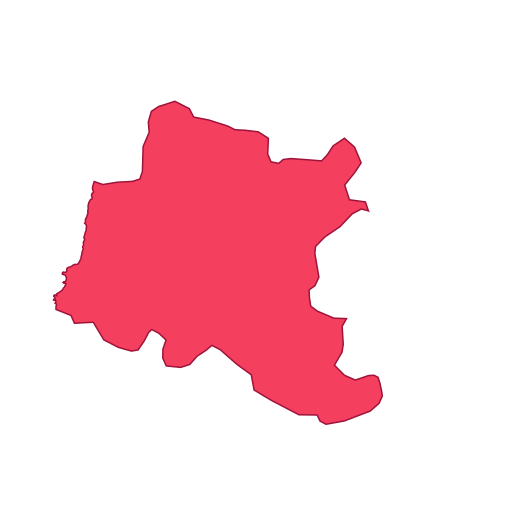 Akhuryan, Shirak, Armenia, rotated 28°
{"feature_id": "60910142B23641849516282", "entity_name": "Akhuryan", "entity_type": "district", "adm_level": 2, "iso_a3": "ARM", "parent_name": "Armenia", "parent_adm1": "Shirak", "projection": "mercator", "projection_center": [43.836, 40.81], "detail": "fine", "context": "isolated", "style": "filled", "palette": "rose", "viewbox_px": 512, "rotation_deg": 28, "n_neighbors": 0, "source": "geoboundaries", "source_scale": "gbopen_adm2", "svg_char_len": 3053}
<svg xmlns="http://www.w3.org/2000/svg" viewBox="0 0 512 512"><g transform="rotate(28 256 256)"><path d="M334.1,163.4L327.2,156.9L312.1,162.5L301.0,151.7L304.1,135.3L305.1,124.4L291.9,113.6L278.8,110.5L272.4,122.6L271.4,133.5L269.3,141.2L256.4,146.8L241.2,153.5L234.7,158.0L232.6,163.5L225.0,165.8L218.4,160.4L211.7,146.3L199.7,145.3L187.8,149.9L178.1,154.4L170.5,154.5L150.9,158.0L135.7,162.6L128.0,157.2L111.7,157.5L102.8,166.7L99.9,169.6L95.7,177.4L98.0,188.2L101.2,193.2L103.6,196.9L104.4,206.0L104.9,212.2L116.1,234.9L117.3,242.6L111.9,248.1L99.0,255.9L87.2,264.8L78.2,266.2L78.5,268.2L79.0,270.2L79.3,271.7L80.0,273.3L81.0,274.5L82.3,275.5L82.6,276.5L82.0,277.3L81.9,278.6L82.4,279.9L83.3,280.8L84.1,281.6L84.2,283.1L83.4,283.7L83.3,285.0L83.3,286.6L83.3,287.5L83.9,289.5L84.2,290.6L84.4,291.1L85.3,292.3L85.7,293.2L86.0,294.4L86.5,295.6L87.4,296.8L87.8,299.0L88.2,301.0L88.1,303.0L88.4,304.3L89.3,305.7L89.4,305.8L89.4,307.6L90.6,307.8L91.6,308.4L92.6,309.5L92.9,310.9L93.5,312.0L94.1,313.3L94.1,314.5L94.2,315.4L94.5,316.4L94.5,316.7L94.6,317.1L94.9,318.2L95.1,319.1L95.2,320.3L96.1,321.2L97.2,322.1L97.0,323.7L97.2,325.3L97.9,326.2L98.6,327.1L98.5,328.7L98.9,329.8L100.0,330.5L100.3,331.9L100.4,333.1L100.7,334.2L100.9,335.3L101.5,336.0L101.5,336.9L102.0,339.0L102.2,339.3L102.7,340.5L102.7,341.6L102.7,343.5L102.7,345.7L102.2,347.3L101.8,347.5L100.1,348.4L98.9,349.6L98.1,351.5L97.1,352.9L95.7,354.0L94.9,355.6L95.1,356.6L95.8,357.7L96.0,358.6L95.7,359.5L95.0,360.2L93.6,360.5L93.0,361.3L93.2,362.5L93.7,363.0L94.4,362.5L94.8,362.8L96.4,362.4L97.2,362.9L98.5,363.9L98.6,364.0L99.4,365.3L99.7,367.2L99.6,368.1L99.1,368.5L98.3,369.0L98.1,370.1L99.3,370.2L100.5,369.5L101.2,369.8L101.4,371.8L101.4,373.5L101.0,374.8L101.1,376.4L100.3,378.5L99.0,381.0L98.4,382.0L97.8,382.9L98.0,383.7L98.7,384.5L98.1,384.6L97.2,384.5L96.2,385.3L96.1,385.8L96.4,386.6L97.5,386.8L98.2,387.4L99.0,388.3L98.9,388.5L97.8,389.0L97.8,389.9L98.7,390.0L99.4,389.3L100.2,389.5L100.7,389.9L100.7,391.1L100.9,392.1L101.4,391.9L102.1,392.1L102.9,392.9L102.9,394.0L103.6,395.4L103.6,395.5L104.5,397.1L115.5,395.9L120.5,395.3L127.3,400.6L143.4,390.9L161.1,401.5L177.2,401.3L181.1,400.5L190.7,398.4L196.0,394.3L197.2,383.5L197.1,374.0L198.4,369.9L206.5,369.8L216.0,372.4L217.5,381.8L221.6,389.9L228.4,395.2L241.8,389.7L248.5,382.8L251.1,371.9L254.0,366.7L256.3,362.4L259.0,355.6L268.4,355.5L279.6,358.2L290.1,360.6L297.5,361.7L307.6,363.1L317.2,375.2L329.5,375.9L338.8,376.3L359.0,376.1L368.5,376.0L377.8,371.2L384.6,367.7L390.0,371.7L396.8,371.7L406.1,364.4L411.6,360.0L416.3,354.6L424.2,345.5L429.6,339.4L433.8,328.3L433.3,320.4L430.7,316.8L425.2,310.2L420.7,305.8L416.1,305.9L411.4,308.8L405.8,314.8L401.9,318.9L390.1,319.8L376.5,315.6L377.1,300.5L374.5,293.0L372.8,290.3L365.1,277.7L365.3,268.8L354.0,274.3L343.8,275.2L336.1,275.9L332.0,275.2L327.9,274.6L322.8,267.8L318.8,261.0L322.0,254.5L321.5,245.2L308.9,228.9L306.7,226.0L304.1,219.6L307.9,206.7L316.3,190.9L321.2,173.5L327.0,165.0L333.9,163.4L334.1,163.4Z" fill="#f43f5e" stroke="#9f1239" stroke-width="1.5"/></g></svg>